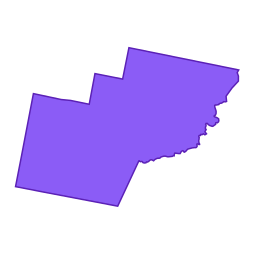 the district of Iron, Wisconsin, United States of America, rotated 101°
{"feature_id": "52423323B77086831692435", "entity_name": "Iron", "entity_type": "district", "adm_level": 2, "iso_a3": "USA", "parent_name": "United States of America", "parent_adm1": "Wisconsin", "projection": "equal_earth", "projection_center": [-90.252, 46.285], "detail": "fine", "context": "isolated", "style": "filled", "palette": "violet", "viewbox_px": 256, "rotation_deg": 101, "n_neighbors": 0, "source": "geoboundaries", "source_scale": "gbopen_adm2", "svg_char_len": 1889}
<svg xmlns="http://www.w3.org/2000/svg" viewBox="0 0 256 256"><g transform="rotate(101 128 128)"><path d="M177.8,227.2L207.0,227.2L207.0,198.6L206.7,123.2L158.3,111.1L158.1,110.9L158.0,110.6L158.5,110.1L158.7,109.3L158.5,108.7L158.3,108.4L158.2,107.9L158.5,107.2L159.0,106.9L159.2,106.5L159.2,105.1L158.7,103.7L158.1,103.6L157.8,103.4L157.7,103.1L157.7,102.6L157.7,102.3L156.7,101.2L155.6,100.5L154.9,99.6L154.7,98.6L155.3,96.6L154.9,96.3L154.5,96.2L153.5,95.3L152.2,93.6L151.6,91.3L151.2,90.7L150.1,90.0L148.8,87.4L148.5,85.9L148.7,83.7L148.6,83.0L147.4,79.1L146.6,78.2L146.5,77.6L146.5,77.4L144.6,77.5L143.7,77.2L143.4,73.1L143.1,71.9L140.9,71.2L140.5,70.8L139.8,69.8L140.2,69.0L140.8,68.6L141.0,68.2L140.9,67.9L139.8,66.8L137.7,65.6L137.1,64.9L135.2,61.0L134.4,58.4L134.4,57.8L134.0,57.2L133.0,56.7L132.5,56.7L130.9,57.3L130.5,57.2L130.3,56.7L130.3,56.3L130.7,55.2L130.5,54.6L130.2,54.6L129.0,55.5L127.2,56.1L126.5,56.2L126.0,56.1L123.7,56.3L123.3,56.7L122.9,56.9L122.2,56.9L121.7,56.6L121.7,56.2L121.7,55.8L121.3,55.4L120.8,55.5L120.4,55.4L120.3,55.1L120.3,54.7L120.4,54.3L120.4,54.0L119.3,52.8L120.0,51.4L119.8,50.9L118.7,49.8L118.4,50.0L118.2,50.5L117.1,51.7L116.5,51.7L114.7,51.0L114.3,51.3L114.3,51.7L113.3,52.0L112.0,52.1L111.2,51.8L110.9,51.8L109.7,52.2L109.4,52.5L108.6,52.2L108.4,50.8L109.2,50.1L109.9,48.5L110.3,45.8L110.1,45.0L107.7,42.7L106.6,42.9L106.1,42.8L105.8,42.1L105.9,41.4L104.8,40.4L103.6,40.2L101.7,40.8L100.9,42.5L100.4,45.4L100.2,45.6L99.9,45.7L99.4,45.6L98.8,44.7L98.5,44.6L98.3,44.7L97.3,44.3L95.2,44.6L94.1,45.0L90.9,46.8L89.3,47.2L88.8,46.7L88.7,46.0L87.9,43.9L87.6,43.3L87.1,43.3L86.2,42.3L85.7,40.8L84.0,39.1L83.9,39.1L83.7,37.2L83.1,36.3L78.1,37.8L69.0,33.6L60.9,28.6L56.0,29.5L52.8,31.4L49.9,30.4L49.0,142.4L81.0,142.6L80.9,170.8L112.1,170.6L111.9,189.6L112.8,199.0L112.3,227.4L177.8,227.2Z" fill="#8b5cf6" stroke="#5b21b6" stroke-width="1.5"/></g></svg>